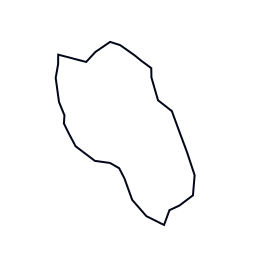 Mifi, Ouest, Cameroon (orthographic projection), rotated 55°
{"feature_id": "32672807B3469332008383", "entity_name": "Mifi", "entity_type": "district", "adm_level": 2, "iso_a3": "CMR", "parent_name": "Cameroon", "parent_adm1": "Ouest", "projection": "orthographic", "projection_center": [10.435, 5.537], "detail": "fine", "context": "isolated", "style": "outline", "palette": "ink", "viewbox_px": 256, "rotation_deg": 55, "n_neighbors": 0, "source": "geoboundaries", "source_scale": "gbopen_adm2", "svg_char_len": 535}
<svg xmlns="http://www.w3.org/2000/svg" viewBox="0 0 256 256"><g transform="rotate(55 128 128)"><path d="M27.9,143.1L35.7,148.7L45.5,158.5L67.1,169.6L81.2,172.8L87.5,177.9L98.4,179.6L113.0,181.4L135.9,174.0L146.3,162.8L155.9,158.3L167.1,159.8L189.3,165.8L210.8,163.5L228.1,154.1L219.1,141.2L221.0,130.2L220.4,113.4L204.9,100.5L181.9,93.6L178.5,92.7L159.2,87.7L139.3,82.4L122.5,87.5L100.0,79.8L92.3,74.6L80.7,78.5L71.7,81.1L55.6,86.9L47.2,93.3L47.0,111.0L49.9,124.4L27.9,143.1Z" fill="none" stroke="#020617" stroke-width="2"/></g></svg>